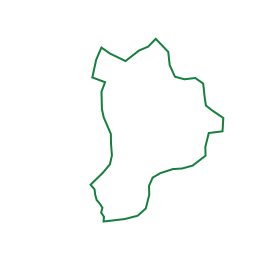 Pera, Nicosia, Cyprus, rotated 134°
{"feature_id": "46923920B36351356920234", "entity_name": "Pera", "entity_type": "district", "adm_level": 2, "iso_a3": "CYP", "parent_name": "Cyprus", "parent_adm1": "Nicosia", "projection": "natural_earth1", "projection_center": [33.279, 35.026], "detail": "fine", "context": "isolated", "style": "outline", "palette": "green", "viewbox_px": 256, "rotation_deg": 134, "n_neighbors": 0, "source": "geoboundaries", "source_scale": "gbopen_adm2", "svg_char_len": 734}
<svg xmlns="http://www.w3.org/2000/svg" viewBox="0 0 256 256"><g transform="rotate(134 128 128)"><path d="M212.2,80.6L195.9,67.2L184.4,60.1L173.5,59.3L161.2,66.4L155.0,72.7L146.5,75.8L138.0,73.4L126.4,67.2L119.5,60.9L110.2,55.4L94.0,53.0L87.8,59.3L75.5,66.4L64.7,57.7L54.6,66.4L56.9,79.7L57.7,87.6L52.3,94.6L43.8,104.8L45.3,114.3L53.8,121.3L58.5,129.9L53.8,141.7L45.3,151.9L44.6,170.0L55.4,170.0L64.6,173.9L81.6,176.3L87.0,192.8L88.6,203.0L101.0,198.3L116.4,188.8L111.0,176.3L120.3,172.3L132.6,159.8L137.3,152.7L144.2,136.2L151.2,129.2L158.9,120.5L166.6,115.8L177.4,115.0L194.8,115.5L195.4,109.4L198.8,105.2L201.5,100.7L202.1,95.4L203.1,91.0L207.5,88.6L208.6,83.6L212.2,80.6Z" fill="none" stroke="#15803d" stroke-width="2"/></g></svg>